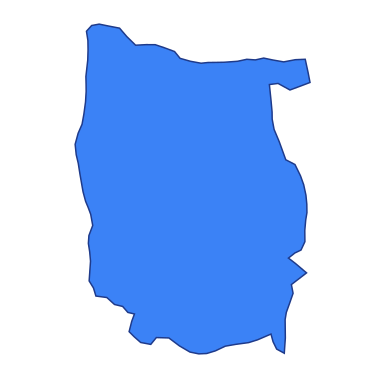 Paço do Lumiar, Maranhão, Brazil, rotated 94°
{"feature_id": "56859067B28423582121888", "entity_name": "Paço do Lumiar", "entity_type": "district", "adm_level": 2, "iso_a3": "BRA", "parent_name": "Brazil", "parent_adm1": "Maranhão", "projection": "albers", "projection_center": [-44.126, -2.504], "detail": "fine", "context": "isolated", "style": "filled", "palette": "blue", "viewbox_px": 384, "rotation_deg": 94, "n_neighbors": 0, "source": "geoboundaries", "source_scale": "gbopen_adm2", "svg_char_len": 1424}
<svg xmlns="http://www.w3.org/2000/svg" viewBox="0 0 384 384"><g transform="rotate(94 192 192)"><path d="M340.9,137.6L338.3,125.0L334.9,116.3L328.2,103.3L335.7,100.7L342.8,96.6L346.4,88.7L331.1,88.7L312.8,90.2L305.5,89.5L295.6,86.7L286.0,84.1L277.4,86.4L264.7,72.1L256.1,83.8L251.2,91.2L245.7,85.2L242.3,79.2L233.7,75.9L222.5,76.8L212.0,76.6L204.6,75.9L196.3,76.6L187.3,78.1L176.9,81.1L168.3,84.9L157.4,91.2L153.3,100.7L135.7,108.5L123.8,114.5L113.7,117.1L106.6,117.7L94.9,119.6L79.4,122.3L77.7,113.7L83.4,101.4L79.2,92.1L74.5,81.9L64.8,84.5L51.7,88.3L52.8,98.1L55.8,109.6L54.7,120.4L53.4,129.8L55.8,138.0L55.8,146.6L58.4,155.6L60.3,168.8L61.0,176.6L61.7,185.1L62.9,191.9L61.7,202.7L59.5,213.2L53.1,219.2L50.1,229.4L47.6,239.0L48.2,248.0L49.5,258.5L41.5,267.9L33.6,275.7L32.2,287.3L31.0,296.3L32.9,303.7L39.0,308.5L48.2,306.4L57.7,305.6L67.7,305.2L77.0,305.6L84.2,305.9L91.7,305.2L99.2,304.6L109.6,304.5L121.9,305.3L132.1,306.4L141.4,309.7L152.6,311.9L162.9,310.1L171.2,307.5L182.5,304.9L199.4,300.7L208.7,297.5L214.9,294.4L221.3,291.5L232.3,288.7L242.6,291.8L250.5,291.8L258.8,289.9L268.1,288.4L287.9,288.4L294.6,283.6L302.5,280.6L303.2,269.6L309.6,261.5L311.0,253.2L316.6,247.6L317.7,240.9L325.2,243.1L335.7,245.0L340.5,239.5L345.7,232.7L346.9,222.5L339.7,217.4L339.2,204.9L346.4,193.8L351.8,182.9L353.0,174.0L352.1,166.1L348.8,157.5L343.5,148.1L340.9,137.6Z" fill="#3b82f6" stroke="#1e3a8a" stroke-width="1.5"/></g></svg>